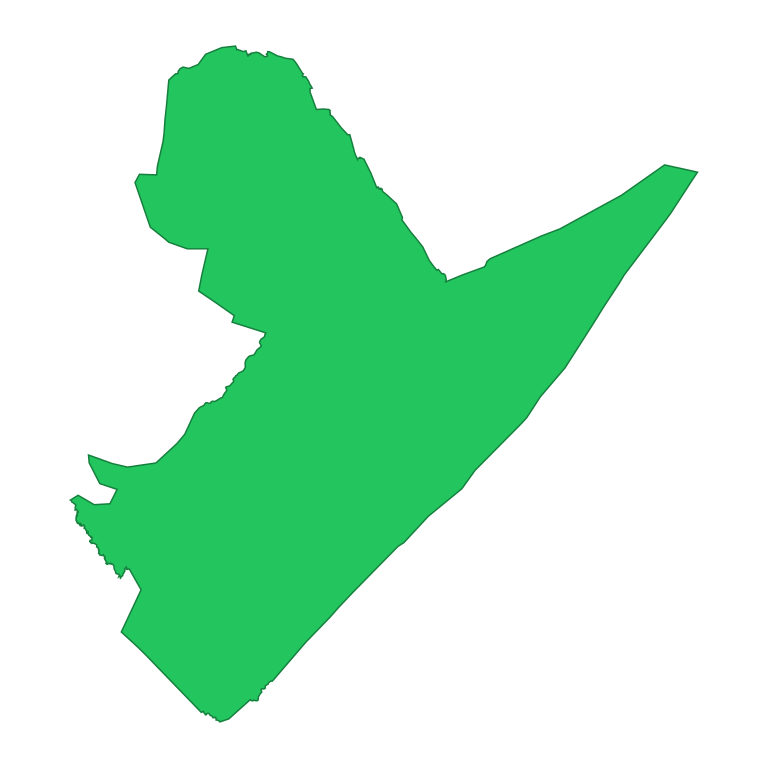 Quirino, Quirino, Philippines (Natural Earth projection)
{"feature_id": "2640588B94420346402626", "entity_name": "Quirino", "entity_type": "district", "adm_level": 2, "iso_a3": "PHL", "parent_name": "Philippines", "parent_adm1": "Quirino", "projection": "natural_earth1", "projection_center": [121.392, 16.285], "detail": "fine", "context": "isolated", "style": "filled", "palette": "green", "viewbox_px": 768, "rotation_deg": 0, "n_neighbors": 0, "source": "geoboundaries", "source_scale": "gbopen_adm2", "svg_char_len": 5919}
<svg xmlns="http://www.w3.org/2000/svg" viewBox="0 0 768 768"><path d="M697.5,172.2L664.6,164.9L621.4,195.3L559.9,228.9L541.6,235.9L490.4,258.6L488.8,259.8L487.9,260.8L487.0,261.4L485.7,265.1L484.2,267.0L462.3,275.0L445.8,281.8L446.1,280.9L446.2,279.3L445.4,275.6L444.6,274.3L443.2,273.6L442.1,273.7L441.6,273.5L438.4,269.5L436.9,270.3L434.0,266.8L429.4,260.7L422.8,247.0L415.4,237.6L411.1,232.5L401.8,219.7L402.5,217.6L396.6,203.9L386.7,194.8L382.5,191.4L382.3,189.7L381.7,188.7L380.6,189.3L380.4,188.9L380.4,188.6L380.0,188.8L379.7,188.4L379.4,188.4L379.4,188.9L379.0,188.8L379.2,188.2L378.9,188.1L378.6,187.8L378.4,187.8L378.3,187.1L377.3,187.1L376.7,187.6L370.8,173.0L364.0,159.2L359.9,157.3L359.5,157.8L359.6,158.1L359.1,158.0L358.9,158.3L358.2,158.3L357.8,158.7L357.6,159.5L355.6,155.3L354.4,151.9L353.4,147.7L349.8,134.7L347.8,134.8L341.4,128.0L332.6,116.6L329.9,114.7L330.3,113.9L330.2,112.8L329.7,112.0L330.0,111.6L329.9,110.9L330.1,110.5L329.6,110.2L329.0,109.5L323.0,109.0L316.4,109.5L310.1,92.2L310.0,88.6L312.2,88.1L309.6,83.7L308.4,80.9L305.7,76.8L302.9,76.7L302.4,76.0L302.4,75.7L302.7,75.6L303.0,74.2L303.3,73.8L302.6,73.5L296.6,63.8L293.1,59.3L285.1,58.2L281.8,57.0L277.4,55.9L269.8,51.9L267.7,51.6L267.8,52.4L267.5,53.0L267.2,53.5L266.8,53.7L266.4,54.3L266.4,54.5L267.3,55.0L267.5,55.6L267.4,56.1L265.7,56.7L264.7,56.7L259.0,52.9L256.2,52.2L253.9,52.8L250.9,53.2L250.7,53.4L250.8,54.4L249.9,54.6L249.8,54.3L249.5,54.2L249.5,54.5L248.8,54.3L248.5,54.8L248.4,55.8L247.9,56.0L245.9,50.8L243.2,51.6L237.7,49.5L236.8,49.8L235.5,46.1L221.8,47.6L205.6,54.3L198.2,64.5L188.9,68.4L182.9,67.1L180.0,68.8L178.3,71.1L177.7,73.7L175.6,73.8L168.8,80.0L166.6,104.6L165.0,119.6L164.1,133.0L163.0,141.8L157.4,166.2L156.6,174.9L139.5,174.3L135.0,182.5L150.3,227.2L162.5,236.9L168.9,242.3L187.3,248.8L207.9,248.8L201.7,275.6L198.7,291.1L215.7,302.6L234.3,315.7L232.1,322.2L265.8,332.9L264.9,334.5L264.8,335.9L264.3,336.8L263.3,337.7L261.1,339.1L259.7,341.5L259.6,342.6L261.0,345.4L261.0,346.5L260.6,347.0L258.8,348.3L257.1,349.8L255.6,352.2L254.3,354.5L253.4,355.1L250.1,355.8L249.2,356.3L248.4,356.9L245.9,359.9L245.6,360.7L245.1,363.1L245.1,364.7L245.4,367.0L245.0,368.0L243.5,370.4L243.1,370.8L241.3,371.9L239.2,372.7L238.0,373.7L237.3,374.9L235.7,375.8L235.1,377.0L234.3,377.6L233.1,379.0L233.0,379.4L233.1,379.8L233.6,380.5L233.7,381.5L231.3,384.0L230.5,385.1L229.8,385.7L228.4,386.3L226.4,386.8L225.8,387.4L225.7,387.7L226.7,389.7L226.7,390.3L225.9,391.7L224.6,393.3L223.4,395.3L222.5,397.4L221.6,397.8L220.6,398.0L216.9,400.4L215.2,401.3L214.1,401.5L212.9,401.2L212.0,401.4L211.5,401.6L210.3,403.1L209.8,403.3L208.9,403.4L207.6,402.8L205.8,402.8L204.9,403.8L204.0,405.3L199.5,407.6L194.6,413.0L184.8,434.2L177.0,443.5L155.9,463.0L127.4,467.1L112.0,463.5L88.5,455.0L89.2,462.9L99.8,483.6L117.1,489.4L109.9,503.8L94.2,504.7L78.1,495.3L70.5,500.0L71.1,500.2L71.9,502.1L72.6,502.3L74.3,503.8L75.4,504.3L75.7,504.9L75.5,505.6L75.7,506.1L75.1,507.7L75.4,508.9L75.0,510.0L75.3,510.1L75.9,509.3L76.6,509.6L77.5,511.1L77.2,511.6L77.3,511.9L77.5,512.0L78.1,511.6L78.2,512.6L77.0,513.1L77.1,514.0L76.7,515.0L77.2,515.1L77.3,515.7L76.3,516.1L76.3,516.5L76.6,516.7L76.4,517.4L76.0,517.8L76.0,518.3L76.2,518.7L76.0,519.4L76.1,520.4L76.6,521.2L76.9,521.2L77.0,522.6L77.3,522.9L77.7,522.6L77.8,523.2L78.3,523.7L78.9,523.8L79.3,523.5L80.3,523.4L80.2,523.7L79.9,523.9L79.7,524.5L80.1,525.6L81.2,525.9L81.2,524.9L81.4,524.6L82.3,525.8L83.1,525.7L83.6,525.0L84.2,525.5L84.3,526.0L84.8,526.8L84.3,527.4L84.1,528.3L84.9,528.6L85.5,529.0L85.7,529.6L86.1,529.8L86.1,530.6L86.6,530.7L86.8,531.0L86.7,533.1L86.9,533.1L88.1,532.3L88.0,533.2L88.2,534.3L89.4,535.7L90.5,536.4L91.0,536.5L90.9,537.3L91.6,537.1L91.8,537.6L92.2,537.8L91.9,538.5L91.9,539.6L91.7,540.5L91.1,540.6L90.4,540.2L90.1,540.3L89.7,541.4L90.7,542.7L91.1,542.9L91.5,542.8L91.8,543.4L92.3,543.1L93.3,543.3L93.9,543.0L94.5,543.7L95.1,543.7L96.8,545.0L96.8,546.2L96.6,546.9L98.2,547.9L98.3,548.8L98.7,549.0L98.6,549.4L98.7,549.7L98.6,550.4L99.0,550.7L98.9,551.2L99.1,551.6L98.8,552.0L98.9,552.5L98.7,553.4L99.2,553.4L99.7,554.8L100.0,554.6L100.2,555.0L102.1,555.5L102.7,555.4L103.3,554.9L103.5,555.8L104.0,555.8L105.0,556.7L105.0,557.2L104.3,558.1L104.6,558.5L105.0,558.6L104.8,559.2L105.3,559.6L105.3,560.2L105.7,560.5L105.8,561.1L106.1,561.4L106.2,562.1L106.4,562.4L106.3,563.1L106.0,563.5L106.4,563.7L107.1,564.4L108.3,563.8L108.2,563.4L109.7,563.8L110.8,563.2L111.3,563.5L111.3,564.1L111.8,563.8L112.7,564.1L113.9,566.1L114.2,568.8L114.6,569.8L115.2,570.7L115.6,571.7L115.6,572.5L116.0,573.4L117.4,574.1L118.3,573.9L119.1,574.3L119.3,575.0L118.8,576.6L119.6,575.9L120.3,576.1L120.5,576.4L120.3,577.8L120.4,578.2L120.7,577.9L121.1,576.8L122.2,576.1L122.7,575.5L123.1,573.9L123.6,573.2L124.1,572.1L124.6,571.6L124.8,570.7L125.0,569.9L124.5,569.0L126.3,567.0L126.5,567.5L126.6,569.3L127.4,569.4L127.7,569.1L128.5,569.2L129.3,569.0L141.1,589.8L121.3,632.0L137.9,647.2L145.5,654.7L201.3,712.4L202.1,711.9L202.8,711.9L203.1,711.5L203.6,711.5L204.2,713.0L204.6,713.7L205.2,714.0L205.4,714.8L205.8,714.9L206.3,714.6L206.9,713.8L207.5,713.3L208.2,713.2L208.9,713.5L210.2,715.5L212.1,715.9L212.5,716.7L212.6,717.4L213.1,717.8L214.7,717.6L215.0,717.2L215.6,717.4L216.0,718.3L216.1,719.4L216.0,719.9L218.7,720.6L219.9,721.9L228.8,718.9L250.2,699.7L251.0,700.5L252.2,700.8L253.3,700.7L253.7,700.1L254.2,700.0L254.9,700.5L256.1,700.8L257.2,700.7L258.0,700.2L258.5,696.6L260.3,693.7L261.7,692.1L261.6,691.4L261.2,690.4L261.1,689.5L261.8,688.7L262.4,688.7L263.1,689.1L264.4,688.8L265.3,688.1L265.1,686.1L266.7,684.8L268.2,684.1L268.5,682.9L269.2,682.1L271.0,681.1L272.4,681.1L305.9,642.1L330.0,617.2L339.0,607.0L352.8,592.4L398.1,546.3L403.9,542.6L428.4,516.2L461.9,488.7L475.0,470.4L521.6,423.3L526.8,417.6L540.4,396.7L565.0,367.9L592.8,324.4L603.3,307.5L619.2,283.3L624.1,275.1L664.7,221.4L670.4,213.7L692.3,180.0L697.5,172.2Z" fill="#22c55e" stroke="#15803d" stroke-width="1.5"/></svg>